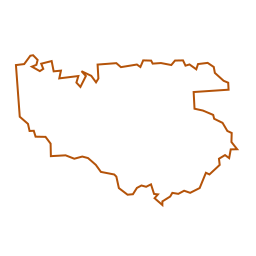 outline of Franklin, Louisiana, United States of America, rotated 266°
{"feature_id": "52423323B94132750651187", "entity_name": "Franklin", "entity_type": "district", "adm_level": 2, "iso_a3": "USA", "parent_name": "United States of America", "parent_adm1": "Louisiana", "projection": "natural_earth1", "projection_center": [-91.666, 32.139], "detail": "fine", "context": "isolated", "style": "outline", "palette": "amber", "viewbox_px": 256, "rotation_deg": 266, "n_neighbors": 0, "source": "geoboundaries", "source_scale": "gbopen_adm2", "svg_char_len": 1252}
<svg xmlns="http://www.w3.org/2000/svg" viewBox="0 0 256 256"><g transform="rotate(266 128 128)"><path d="M63.1,195.3L77.9,202.6L76.0,206.0L84.8,216.9L91.0,216.6L94.2,222.9L90.9,226.8L99.5,229.0L99.2,235.4L106.8,230.2L115.8,231.1L118.1,226.9L126.5,222.7L131.2,214.6L135.1,213.9L140.2,203.9L142.6,195.7L159.3,196.0L159.2,231.0L166.2,231.1L168.4,226.7L176.9,218.5L182.9,217.8L187.4,212.0L186.9,202.3L181.8,200.2L187.1,193.8L186.2,189.7L191.6,187.6L192.0,179.6L187.8,175.6L190.5,165.4L190.5,157.1L193.6,155.8L194.4,147.9L188.0,144.6L190.7,141.3L189.2,125.2L193.5,120.9L193.4,102.1L179.4,101.9L175.8,99.3L182.6,95.0L187.9,85.6L182.8,89.6L172.3,83.4L176.9,79.7L183.3,82.1L182.3,62.9L189.9,65.1L189.7,57.8L200.1,56.5L198.2,45.9L192.9,47.6L190.9,44.0L195.9,36.4L197.4,41.0L202.2,42.6L207.2,38.4L206.9,35.6L199.0,28.9L198.6,20.6L146.8,20.8L139.1,28.5L131.9,29.6L131.8,33.8L125.8,35.2L124.9,45.1L117.8,49.7L105.3,49.1L105.1,63.8L101.1,72.3L102.7,80.4L100.8,86.0L93.5,93.3L86.1,97.9L82.6,111.0L80.3,113.0L68.7,114.7L61.5,122.9L61.6,128.3L67.6,132.7L69.7,137.4L68.1,142.0L70.2,147.0L60.4,149.4L59.7,153.2L56.1,149.6L48.8,156.9L52.4,157.2L56.7,165.3L60.2,167.7L58.8,173.6L61.5,179.6L59.0,185.5L63.1,195.3Z" fill="none" stroke="#b45309" stroke-width="2"/></g></svg>